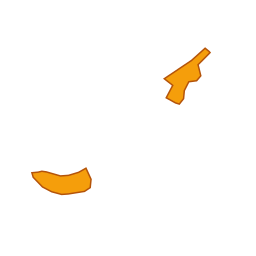 the border of Al Asimah, rotated 154°
{"feature_id": "KWT-1663", "entity_name": "Al Asimah", "entity_type": "Province", "adm_level": 1, "iso_a3": "KWT", "parent_name": "Kuwait", "parent_adm1": "", "projection": "robinson", "projection_center": [48.15, 29.392], "detail": "fine", "context": "isolated", "style": "filled", "palette": "amber", "viewbox_px": 256, "rotation_deg": 154, "n_neighbors": 0, "source": "natural_earth", "source_scale": "10m", "svg_char_len": 581}
<svg xmlns="http://www.w3.org/2000/svg" viewBox="0 0 256 256"><g transform="rotate(154 128 128)"><path d="M210.6,94.9L216.8,97.4L219.9,100.1L224.5,104.1L227.6,108.3L230.7,112.5L234.8,125.2L234.0,129.9L228.1,127.7L224.4,126.9L220.6,124.3L209.7,114.5L202.2,111.5L191.8,109.8L183.4,110.3L183.7,98.1L188.1,91.0L194.9,90.1L210.6,94.9ZM21.2,159.8L28.5,157.2L37.3,154.2L39.7,143.0L45.6,140.4L53.1,142.9L61.0,136.9L65.2,130.0L71.4,127.0L74.3,129.7L80.4,138.4L69.1,146.7L73.8,156.4L41.2,160.9L23.7,165.9L21.6,161.3L21.2,159.8Z" fill="#f59e0b" stroke="#b45309" stroke-width="1.5"/></g></svg>